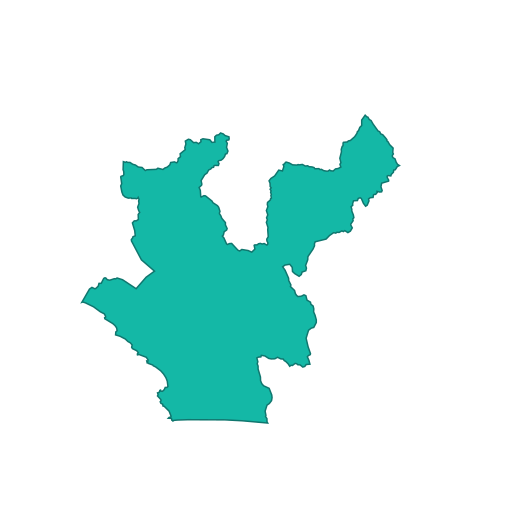 outline of Huaura, Lima, Peru, rotated 329°
{"feature_id": "86281439B29242066404010", "entity_name": "Huaura", "entity_type": "district", "adm_level": 2, "iso_a3": "PER", "parent_name": "Peru", "parent_adm1": "Lima", "projection": "natural_earth1", "projection_center": [-77.14, -11.027], "detail": "fine", "context": "isolated", "style": "filled", "palette": "teal", "viewbox_px": 512, "rotation_deg": 329, "n_neighbors": 0, "source": "geoboundaries", "source_scale": "gbopen_adm2", "svg_char_len": 6138}
<svg xmlns="http://www.w3.org/2000/svg" viewBox="0 0 512 512"><g transform="rotate(329 256 256)"><path d="M82.9,206.0L83.8,206.2L85.6,208.2L90.6,215.9L93.8,223.6L96.2,227.5L96.0,230.2L95.5,231.0L94.5,230.9L94.1,231.9L98.4,240.1L99.3,242.9L99.5,245.8L98.5,248.5L96.7,248.9L95.0,251.3L97.9,254.5L101.2,259.8L102.2,263.4L103.6,265.8L104.0,268.5L102.4,270.2L102.4,271.8L105.0,275.8L105.3,278.2L103.8,278.9L103.5,279.7L105.1,280.3L109.8,286.3L110.0,289.5L109.1,290.4L108.3,289.7L107.7,291.5L108.3,291.7L108.3,292.5L111.4,296.3L111.4,297.2L112.8,299.3L115.2,305.3L116.0,309.6L116.1,313.9L115.5,317.5L113.3,322.5L112.0,322.8L110.5,321.9L108.5,323.3L106.1,323.8L104.8,322.8L105.1,321.8L104.4,321.7L102.8,323.0L101.1,322.6L100.6,324.5L99.5,325.2L100.5,330.0L100.0,331.2L98.8,331.6L98.6,333.3L99.7,335.0L99.0,336.7L99.9,337.5L101.6,344.3L100.7,349.6L99.7,350.2L98.5,349.6L97.3,349.9L99.9,351.7L99.1,354.0L99.5,353.5L99.8,354.7L100.7,354.5L103.9,356.0L113.4,361.3L144.9,380.4L159.4,390.2L180.0,405.2L180.1,403.6L181.6,401.1L181.5,398.5L182.4,397.8L183.9,393.7L188.6,389.5L191.5,389.3L194.8,388.0L196.8,385.7L197.9,383.3L199.1,376.2L195.7,371.2L195.2,368.3L195.7,365.2L197.5,362.0L199.6,353.9L201.1,351.4L201.5,349.0L203.1,347.6L204.2,343.8L206.0,343.9L208.2,345.0L209.4,343.9L212.1,346.2L214.2,350.4L216.1,352.1L219.2,353.8L222.3,353.9L224.3,357.0L226.3,358.4L226.3,360.1L227.2,361.8L228.0,364.9L228.1,367.9L229.7,367.7L230.9,368.6L234.2,368.2L235.4,369.3L235.8,370.7L237.7,372.0L238.9,375.3L240.9,375.8L243.2,374.9L246.5,376.5L247.6,372.7L248.1,368.8L249.7,368.3L251.7,368.5L252.4,367.8L253.9,360.6L256.6,352.3L262.8,346.7L266.3,346.3L268.7,347.0L273.4,344.1L274.8,341.8L276.1,337.2L276.6,333.6L278.3,331.1L279.2,328.3L278.2,325.7L278.9,323.6L277.0,320.1L278.3,315.7L277.1,314.0L274.1,313.8L271.0,312.3L270.5,310.6L270.4,308.5L271.3,305.4L269.8,299.9L271.0,298.8L271.4,293.9L272.5,291.8L273.6,283.2L273.3,279.0L276.2,278.7L280.7,280.5L281.2,284.4L279.3,288.1L280.1,291.0L282.5,295.6L285.3,295.2L287.2,293.5L291.1,294.3L293.0,292.4L293.7,289.6L298.4,285.9L300.1,283.3L308.5,279.4L311.4,277.4L312.4,275.6L314.1,274.3L324.8,277.6L329.6,276.3L334.6,276.0L336.2,277.5L337.5,277.3L339.4,278.6L342.5,278.7L343.5,280.1L345.2,280.0L346.8,283.3L349.7,283.3L353.0,281.5L353.2,278.2L353.8,277.4L357.4,275.8L358.1,274.0L359.6,273.6L360.6,270.9L361.3,266.7L362.2,265.3L362.9,262.7L365.0,262.4L365.8,260.9L368.0,258.9L371.5,260.7L373.3,259.3L375.3,259.7L375.9,261.0L375.2,266.2L375.6,269.8L377.5,269.7L381.2,267.0L381.9,265.0L384.0,264.9L386.5,266.1L388.2,264.1L389.1,264.1L390.3,264.8L392.6,264.0L393.0,263.0L395.0,264.9L396.7,265.7L397.9,264.8L398.7,261.1L401.2,258.3L408.2,260.1L408.8,259.3L408.9,256.4L409.5,255.1L410.7,255.1L412.8,256.8L414.1,255.7L416.9,255.0L418.3,253.3L419.8,253.8L423.2,252.1L425.5,252.3L424.5,250.3L424.5,247.6L425.2,244.4L424.1,242.3L424.1,241.1L424.8,239.9L426.3,239.3L426.5,237.7L429.1,234.1L427.9,229.3L428.0,225.9L427.5,224.6L428.1,223.7L427.8,221.2L427.1,217.3L425.8,215.6L426.0,213.1L425.0,211.7L424.3,202.9L424.4,199.2L423.4,197.3L423.4,194.5L422.7,193.9L422.1,191.5L416.6,193.9L413.8,198.6L411.2,199.2L408.5,201.3L406.8,201.7L405.8,202.8L402.0,204.6L396.4,205.6L394.4,204.9L393.1,205.3L389.5,203.6L388.8,204.0L387.4,206.3L386.4,206.4L384.0,208.5L382.9,210.7L378.2,215.4L376.8,219.8L375.2,220.6L374.5,223.5L371.5,223.3L369.0,222.3L365.9,222.9L363.9,221.4L363.4,220.2L361.4,220.3L360.3,219.7L358.0,217.7L356.7,215.4L355.4,214.9L354.9,213.5L351.5,211.6L351.3,210.1L349.9,208.5L347.5,206.8L346.8,205.3L344.6,204.3L342.9,201.4L339.7,200.0L339.2,199.3L338.0,199.2L334.3,196.7L332.5,193.5L330.3,191.1L329.5,190.9L328.0,191.7L326.4,191.6L326.0,193.6L322.5,196.7L319.7,194.1L313.2,197.0L308.7,197.2L305.9,198.3L305.5,200.9L303.9,203.8L304.1,205.4L302.5,206.0L302.5,207.9L301.3,209.0L300.9,211.1L300.0,211.7L299.0,214.3L298.0,214.4L297.1,215.4L293.5,216.0L292.3,217.5L291.6,219.8L288.3,222.4L287.3,226.8L284.7,228.7L284.4,230.8L282.2,232.5L280.9,237.9L279.7,239.3L276.4,245.8L273.9,247.1L273.1,248.8L273.0,250.9L271.9,252.1L270.9,252.2L269.4,249.5L267.4,248.9L266.2,247.4L264.5,246.8L262.7,247.0L260.5,245.8L259.9,245.9L258.6,249.5L254.3,250.5L252.1,247.3L247.2,243.1L244.6,243.3L243.5,241.8L241.6,232.7L239.7,231.7L237.4,231.4L237.0,230.5L237.8,223.9L237.4,221.6L238.9,221.2L241.2,218.8L244.2,218.6L245.4,217.6L245.8,213.6L247.0,211.6L246.1,206.1L246.6,203.0L246.4,201.3L246.7,200.4L248.1,199.2L249.1,195.0L248.9,193.0L246.5,188.1L246.6,186.3L243.7,178.5L242.5,177.5L239.3,177.2L239.3,176.5L242.1,171.0L242.5,168.0L245.8,167.3L246.6,166.5L247.8,163.1L253.9,159.9L256.7,159.7L259.7,157.9L262.1,158.1L263.6,157.5L265.3,158.1L266.3,157.1L267.3,157.1L270.4,159.0L271.9,157.7L272.0,155.6L273.1,155.1L275.5,155.9L277.8,155.6L280.3,154.6L282.3,152.9L283.8,153.3L286.0,151.6L286.7,147.7L289.4,144.7L289.5,142.2L290.5,141.7L292.4,142.5L293.3,141.8L294.2,139.9L291.5,136.8L290.8,134.5L289.0,132.3L286.6,132.9L284.3,132.1L282.1,132.6L279.4,137.2L276.7,135.9L276.3,132.6L270.9,128.2L268.6,127.9L267.7,129.7L264.6,130.2L263.3,127.8L260.9,126.7L259.6,122.5L258.2,121.1L254.6,121.1L253.6,123.9L250.8,126.4L250.1,128.4L243.6,129.3L242.4,132.0L239.4,132.4L238.2,134.3L236.5,135.3L235.9,135.2L234.5,133.3L231.0,131.9L229.1,133.5L225.7,134.1L223.2,133.6L220.8,133.9L217.1,130.2L215.2,130.4L206.9,125.9L205.1,125.7L203.9,121.4L200.9,119.1L199.5,115.9L197.6,113.9L196.2,110.9L194.1,109.6L193.6,108.6L192.2,108.4L190.9,106.8L186.5,113.6L186.1,115.5L184.7,118.1L183.5,118.7L181.5,118.2L180.8,118.5L178.1,124.9L176.1,126.3L174.0,132.0L173.4,135.3L174.2,138.0L176.3,140.6L178.9,141.9L179.1,142.7L182.1,144.4L182.9,145.3L184.4,145.6L185.2,145.1L184.9,147.3L183.7,148.4L182.8,150.7L179.7,153.2L178.8,156.8L178.8,158.7L176.4,159.7L174.0,164.1L171.6,164.2L169.7,163.2L167.1,164.0L165.1,171.8L162.9,176.5L160.5,176.1L159.5,177.0L157.6,177.7L157.0,179.0L155.8,200.3L161.2,216.7L150.9,217.6L136.4,222.3L129.4,207.6L125.6,203.3L123.9,203.3L122.9,202.5L118.1,201.4L116.3,199.7L115.9,197.4L115.0,196.8L113.9,196.8L109.3,199.7L107.3,198.6L105.2,200.6L102.0,201.3L101.0,201.1L99.2,198.4L96.2,198.6L82.9,206.0Z" fill="#14b8a6" stroke="#0f766e" stroke-width="1.5"/></g></svg>